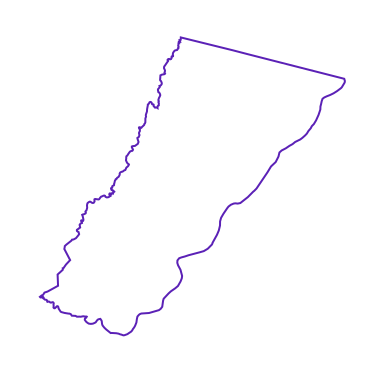 Garay, Santa Fe, Argentina, rotated 8°
{"feature_id": "61730980B46237487976912", "entity_name": "Garay", "entity_type": "district", "adm_level": 2, "iso_a3": "ARG", "parent_name": "Argentina", "parent_adm1": "Santa Fe", "projection": "albers", "projection_center": [-60.292, -31.093], "detail": "fine", "context": "isolated", "style": "outline", "palette": "violet", "viewbox_px": 384, "rotation_deg": 8, "n_neighbors": 0, "source": "geoboundaries", "source_scale": "gbopen_adm2", "svg_char_len": 5904}
<svg xmlns="http://www.w3.org/2000/svg" viewBox="0 0 384 384"><g transform="rotate(8 192 192)"><path d="M223.9,226.4L224.4,221.3L223.9,217.2L224.4,213.5L226.2,209.1L229.1,203.2L230.2,201.3L232.3,199.2L234.8,197.7L236.4,197.2L238.9,197.1L241.4,196.2L248.0,189.3L252.6,183.1L253.4,182.3L255.4,179.6L264.0,162.0L266.7,155.7L270.7,150.7L272.7,144.9L273.1,140.7L275.0,138.4L278.8,135.7L282.1,132.7L284.9,130.6L287.2,128.1L291.9,124.9L293.8,123.0L296.1,120.3L297.6,118.2L298.8,115.4L300.7,112.4L301.5,110.1L303.2,107.8L304.9,103.8L306.6,98.0L307.6,92.5L307.3,89.4L307.6,86.9L307.8,84.0L308.3,81.5L309.8,80.0L312.1,78.5L315.3,76.7L318.4,74.6L321.6,71.9L325.1,68.4L325.8,67.4L327.8,62.7L328.0,61.8L327.9,60.7L327.0,58.7L227.5,47.7L212.8,46.0L159.4,40.5L159.6,42.7L158.5,43.3L158.9,43.8L159.3,44.0L159.3,44.3L158.7,45.1L158.7,45.5L158.3,45.2L158.0,45.2L158.0,45.5L158.4,45.6L158.0,45.8L157.9,46.5L158.0,47.5L158.1,48.0L157.9,48.7L158.1,49.0L158.1,49.4L158.6,50.2L158.2,51.0L158.5,51.7L157.8,52.6L157.6,53.3L157.4,53.5L155.6,54.1L154.7,55.1L153.9,56.8L153.8,58.3L154.3,59.6L154.3,60.2L153.9,60.4L153.2,60.4L153.0,60.6L152.9,61.4L153.2,61.9L152.8,63.2L152.1,63.6L151.6,63.6L150.8,63.4L150.5,63.5L150.1,63.6L149.7,64.0L149.4,64.5L149.5,65.0L150.1,65.4L150.1,65.7L149.6,66.4L149.4,67.1L149.0,67.7L147.6,70.6L147.0,71.6L147.0,73.2L148.3,75.3L148.4,76.4L148.1,77.6L148.2,77.9L148.5,78.3L148.8,78.4L148.7,78.8L148.0,79.3L146.0,79.9L144.5,80.9L144.8,85.4L145.1,86.0L145.9,86.5L146.5,87.5L146.9,88.3L147.0,89.2L146.6,90.2L146.1,90.9L145.0,91.5L145.5,92.4L144.5,94.3L144.0,95.0L144.1,95.9L144.8,97.8L145.7,98.1L146.8,99.6L147.1,100.6L146.8,101.9L146.2,103.5L145.9,105.4L145.9,105.7L146.5,106.6L146.5,107.0L146.2,107.6L146.6,108.2L146.9,109.0L146.8,109.6L147.1,110.6L147.0,110.9L146.3,111.4L146.2,111.6L146.0,112.8L146.2,113.7L145.1,113.2L144.7,113.2L144.0,113.3L143.7,113.6L143.4,113.4L142.0,112.2L141.9,112.0L142.0,111.2L141.8,110.8L141.4,110.6L140.3,110.6L139.8,109.8L139.6,109.2L139.2,108.9L138.7,108.6L138.2,108.6L137.5,109.0L137.0,110.4L136.5,111.2L136.1,111.5L136.2,112.0L136.0,116.2L136.2,118.6L135.6,121.7L135.6,122.5L136.0,123.8L135.6,125.6L136.1,129.5L135.8,130.7L135.3,131.4L135.3,132.2L135.1,132.5L133.4,134.6L132.9,135.5L132.5,135.6L131.8,135.2L130.8,135.2L130.5,135.5L130.8,136.5L131.7,137.3L131.9,139.0L131.4,140.2L131.3,141.0L131.6,142.0L132.1,142.9L131.6,145.0L130.4,146.0L130.5,146.6L132.1,149.9L131.6,151.9L129.1,154.3L127.0,154.8L126.1,155.3L126.3,156.4L126.9,157.0L127.7,158.4L127.2,159.5L126.3,159.7L124.9,160.7L123.7,163.0L122.8,165.0L122.1,165.7L122.0,166.6L122.2,167.7L122.2,169.8L123.5,171.9L124.6,172.9L125.2,173.1L125.7,173.5L125.5,174.4L125.0,175.4L123.6,177.0L122.9,179.5L121.9,180.0L120.4,181.5L119.4,181.8L118.3,182.6L118.0,183.1L117.8,183.9L118.0,184.7L117.9,185.4L117.2,187.2L116.1,188.2L115.7,188.7L115.6,189.3L115.2,189.7L114.7,189.9L114.5,190.9L114.1,191.4L113.9,194.0L113.7,194.8L113.9,195.9L113.7,196.3L112.4,197.1L112.2,198.0L112.2,198.3L112.4,198.7L112.2,199.1L111.4,199.4L111.3,199.6L111.4,200.0L111.8,200.8L112.1,201.2L112.4,201.3L113.1,201.2L113.4,201.4L113.9,201.7L113.8,202.1L114.0,202.3L114.9,202.4L115.0,202.5L114.6,202.9L114.0,203.4L114.1,204.2L114.0,204.5L113.7,204.3L112.7,204.4L111.9,205.0L112.4,205.7L112.4,205.8L111.7,206.0L111.3,205.8L111.2,205.3L111.3,205.0L111.3,204.9L111.0,204.8L110.7,204.9L110.4,205.6L110.5,206.1L110.7,206.4L111.5,207.1L111.7,207.4L110.8,207.9L110.6,208.3L110.1,208.7L108.9,209.1L108.2,209.2L107.0,208.8L106.4,207.9L105.6,207.7L104.8,208.0L103.6,208.8L102.6,209.3L101.7,210.7L101.5,211.3L101.0,212.1L100.4,212.4L97.0,212.4L96.4,212.9L96.8,215.0L96.2,216.3L95.4,216.7L94.1,216.5L92.9,215.8L92.1,215.8L91.3,216.3L90.2,217.4L89.9,218.5L89.9,219.9L90.4,222.3L90.0,225.0L89.4,225.7L89.2,226.4L89.8,227.4L89.5,228.1L88.2,229.0L87.1,229.4L86.4,229.9L87.2,231.3L88.2,234.1L88.3,234.5L88.3,235.3L88.1,235.8L87.8,235.9L86.7,235.4L86.4,235.5L86.2,235.7L86.2,236.1L87.3,237.6L87.4,238.0L86.0,238.8L85.3,240.1L85.4,240.6L85.7,241.1L85.9,242.1L86.1,242.4L86.2,242.7L86.1,242.9L85.5,243.2L84.9,244.1L84.1,244.7L83.3,245.5L83.3,246.0L83.5,246.6L84.5,247.2L85.2,247.4L86.1,249.4L85.7,250.3L83.5,253.9L81.3,255.5L79.8,255.9L79.4,256.9L74.9,261.6L73.6,263.2L73.6,264.8L73.5,266.2L80.8,276.4L77.3,281.4L74.9,286.1L74.7,286.0L74.8,287.1L70.4,292.4L72.4,303.5L62.8,310.7L60.0,312.1L59.6,312.8L59.1,314.1L58.6,314.8L57.6,315.3L56.0,317.0L56.6,317.5L57.0,317.5L58.2,317.1L58.8,317.5L58.8,317.2L58.8,316.8L59.0,316.6L59.6,317.1L59.9,317.5L59.9,317.9L60.1,318.3L60.7,318.6L61.2,319.0L62.9,319.1L63.2,319.3L63.7,319.7L63.8,320.6L63.9,320.8L64.3,320.9L65.0,320.5L65.7,320.4L67.0,321.1L67.6,321.2L68.2,321.0L69.0,320.6L69.6,320.5L70.0,320.7L70.4,321.1L70.6,321.6L70.5,322.6L70.9,324.3L70.9,325.6L71.2,326.0L71.8,326.3L72.5,326.1L74.2,323.9L74.6,323.8L75.1,323.9L75.5,324.3L75.7,324.8L76.1,325.9L76.4,326.3L78.6,328.8L79.5,329.1L82.6,329.5L86.6,329.6L87.5,329.5L88.9,329.8L90.2,331.2L93.9,330.9L95.5,331.5L97.7,331.1L99.2,331.0L101.5,330.2L103.8,330.2L104.7,330.0L105.1,330.1L104.8,331.0L103.6,332.3L103.6,333.5L105.1,335.1L106.7,336.1L108.1,336.7L110.1,336.7L112.1,336.2L113.8,335.2L114.8,334.4L115.8,332.4L116.7,331.3L117.7,330.8L118.9,330.4L120.2,331.8L120.6,332.5L121.3,335.2L122.0,336.6L124.0,338.5L126.2,340.1L131.1,343.0L131.8,342.8L136.6,342.4L139.0,342.5L140.9,343.0L141.7,343.0L143.9,343.5L145.1,343.2L147.9,341.7L148.8,340.8L151.0,338.9L152.0,337.5L152.5,336.1L153.6,334.1L154.3,332.3L155.1,329.0L155.1,325.4L155.3,322.9L156.4,321.2L157.2,320.3L158.7,319.4L166.3,317.8L175.7,313.6L177.3,312.0L178.5,309.8L178.5,303.6L178.8,301.6L183.0,295.6L185.0,293.2L188.8,289.7L191.2,287.0L193.1,282.2L193.9,278.9L193.9,276.5L191.4,270.6L188.4,266.5L187.3,264.2L187.1,261.8L188.5,259.4L190.5,258.3L194.0,256.8L197.4,255.1L208.1,250.6L211.9,248.9L215.5,246.0L219.0,241.3L219.4,240.1L219.4,239.5L222.7,230.9L223.9,226.4Z" fill="none" stroke="#5b21b6" stroke-width="2"/></g></svg>